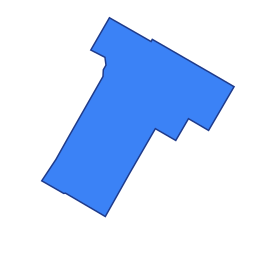 Jackson, Wisconsin, United States of America, rotated 120°
{"feature_id": "52423323B52895096263984", "entity_name": "Jackson", "entity_type": "district", "adm_level": 2, "iso_a3": "USA", "parent_name": "United States of America", "parent_adm1": "Wisconsin", "projection": "equal_earth", "projection_center": [-90.803, 44.334], "detail": "fine", "context": "isolated", "style": "filled", "palette": "blue", "viewbox_px": 256, "rotation_deg": 120, "n_neighbors": 0, "source": "geoboundaries", "source_scale": "gbopen_adm2", "svg_char_len": 439}
<svg xmlns="http://www.w3.org/2000/svg" viewBox="0 0 256 256"><g transform="rotate(120 128 128)"><path d="M216.0,103.4L165.5,104.0L114.9,104.0L114.9,80.4L89.7,80.3L89.8,57.0L64.6,56.9L39.2,56.8L39.1,80.3L39.1,151.3L41.6,151.3L41.8,196.8L41.8,199.2L79.1,199.2L78.3,183.3L84.6,178.5L89.9,178.5L95.9,175.4L166.7,175.0L191.2,174.7L216.9,176.3L216.8,151.0L215.7,149.5L216.0,103.4Z" fill="#3b82f6" stroke="#1e3a8a" stroke-width="1.5"/></g></svg>